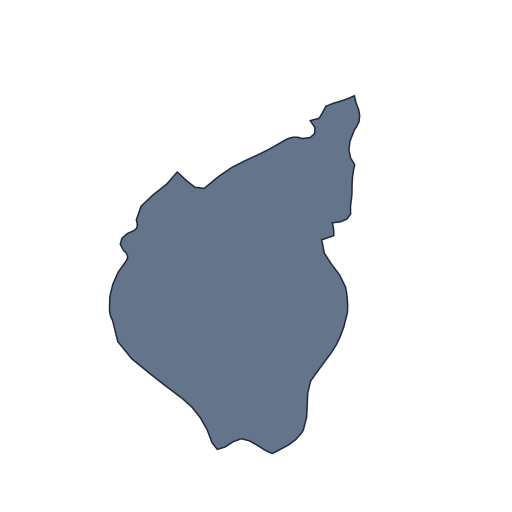 map outline of Distrito Federal (Robinson projection), rotated 29°
{"feature_id": "MEX-2727", "entity_name": "Distrito Federal", "entity_type": "Federal District", "adm_level": 1, "iso_a3": "MEX", "parent_name": "Mexico", "parent_adm1": "", "projection": "robinson", "projection_center": [-99.124, 19.314], "detail": "fine", "context": "isolated", "style": "filled", "palette": "slate", "viewbox_px": 512, "rotation_deg": 29, "n_neighbors": 0, "source": "natural_earth", "source_scale": "10m", "svg_char_len": 1987}
<svg xmlns="http://www.w3.org/2000/svg" viewBox="0 0 512 512"><g transform="rotate(29 256 256)"><path d="M264.4,68.1L265.7,69.6L267.0,71.0L268.3,72.5L269.6,73.9L274.7,78.1L278.6,82.9L281.0,88.5L281.3,95.0L281.0,96.7L281.0,98.3L281.1,99.9L281.4,101.5L282.6,110.4L285.9,118.2L291.1,124.3L298.1,128.4L299.9,134.3L302.1,140.1L304.7,145.6L307.5,150.9L309.1,153.8L310.5,156.7L311.8,159.7L312.9,162.8L313.3,163.7L313.7,164.6L314.1,165.6L314.4,166.5L318.4,173.4L317.5,179.8L313.1,185.4L306.6,190.0L309.1,192.6L311.6,196.0L313.4,199.1L314.1,200.4L312.0,202.9L309.9,205.2L307.9,207.5L305.6,210.0L314.4,220.4L326.0,226.6L338.4,232.1L349.4,239.8L353.0,244.2L356.4,248.9L359.5,253.7L362.3,258.9L363.1,260.6L363.7,262.4L364.3,264.2L364.7,266.1L367.2,275.6L368.7,285.2L369.3,294.8L368.7,304.8L367.5,313.2L366.4,321.8L365.3,330.3L364.4,338.9L367.6,350.6L373.0,361.4L378.4,372.4L381.6,384.6L381.7,385.3L381.8,386.2L381.7,387.0L381.7,387.8L379.8,397.3L376.0,405.6L371.1,413.2L366.0,420.9L357.8,421.5L348.7,420.9L339.6,420.9L331.8,422.9L326.2,429.3L321.4,438.2L315.9,443.9L308.2,440.7L297.4,431.6L285.6,424.4L273.0,419.2L259.8,416.2L255.0,415.6L250.2,414.9L245.3,414.2L240.5,413.6L220.0,410.3L197.4,406.2L176.6,397.9L161.8,381.9L159.4,380.3L157.3,378.4L155.4,376.2L153.7,373.6L148.0,362.8L144.5,350.3L143.3,337.2L144.7,324.5L144.8,324.2L144.8,323.7L144.8,323.3L144.9,322.9L144.6,319.8L143.1,317.7L140.8,316.2L137.8,315.5L131.6,311.6L130.2,305.6L132.5,298.8L137.2,292.6L138.0,289.8L137.6,287.2L136.0,284.7L133.8,282.4L131.4,268.3L136.3,252.5L143.1,236.3L146.4,220.7L158.3,223.7L169.3,225.5L177.9,222.0L182.9,209.2L183.6,207.5L184.3,205.8L185.0,204.1L185.8,202.4L192.0,190.1L199.9,178.4L208.3,167.0L216.1,155.7L218.5,151.8L220.8,147.9L223.1,144.0L225.4,140.1L228.2,136.5L231.5,133.7L235.3,131.8L239.6,130.8L245.9,126.2L247.9,120.5L245.3,115.2L237.8,111.3L244.4,105.0L244.7,98.1L244.5,91.2L249.7,84.8L253.6,80.9L257.4,76.9L261.0,72.6L264.4,68.1Z" fill="#64748b" stroke="#1e293b" stroke-width="1.5"/></g></svg>